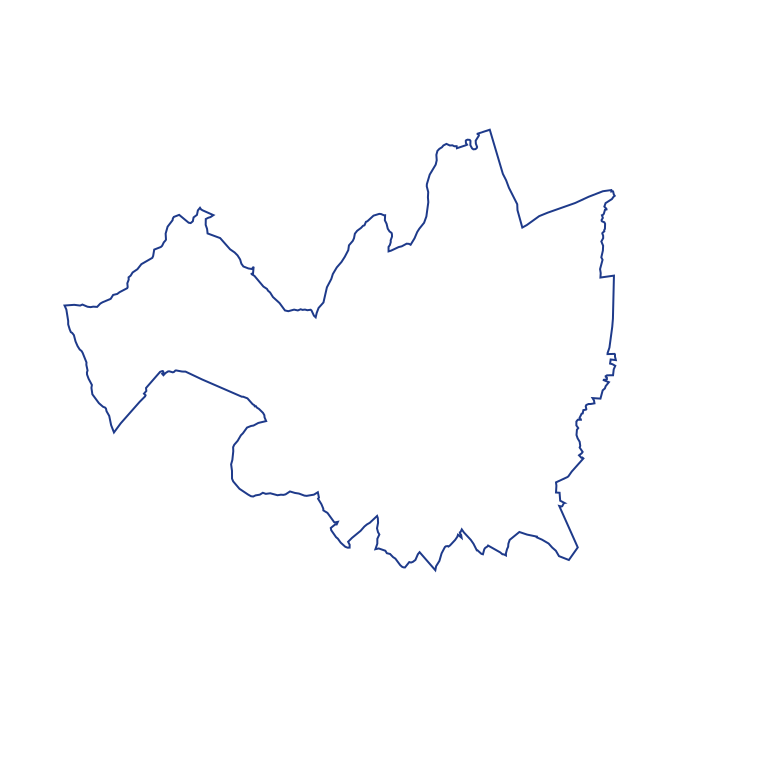 the district of Scorteni, Prahova, Romania, rotated 251°
{"feature_id": "2599482B36968704227514", "entity_name": "Scorteni", "entity_type": "district", "adm_level": 2, "iso_a3": "ROU", "parent_name": "Romania", "parent_adm1": "Prahova", "projection": "equal_earth", "projection_center": [25.859, 45.105], "detail": "fine", "context": "isolated", "style": "outline", "palette": "blue", "viewbox_px": 768, "rotation_deg": 251, "n_neighbors": 0, "source": "geoboundaries", "source_scale": "gbopen_adm2", "svg_char_len": 6166}
<svg xmlns="http://www.w3.org/2000/svg" viewBox="0 0 768 768"><g transform="rotate(251 384 384)"><path d="M495.0,653.7L494.4,638.5L492.9,623.6L492.7,594.6L492.2,585.4L487.8,570.8L486.9,565.7L504.9,566.8L510.6,568.5L528.9,566.0L536.8,565.8L544.0,564.8L590.0,566.8L590.2,553.2L589.3,554.8L588.0,554.6L584.2,549.9L581.3,549.1L577.8,549.2L576.9,548.5L576.3,547.0L576.8,544.9L578.1,544.0L581.7,543.4L585.7,544.9L586.9,544.5L587.8,542.6L587.8,541.2L587.3,540.5L585.1,539.9L583.2,540.4L583.1,539.0L583.2,529.7L585.2,530.1L585.9,527.9L587.4,526.4L588.1,523.9L590.7,521.2L590.2,517.8L589.0,515.9L588.3,512.9L587.0,510.4L583.6,508.1L578.4,506.7L574.6,504.3L567.1,495.4L559.0,489.6L557.0,488.8L551.1,488.3L546.2,486.3L541.5,485.1L528.6,478.6L523.4,474.4L519.3,467.9L516.9,464.9L511.8,460.3L507.0,454.5L508.4,453.2L509.3,451.1L508.4,445.6L508.7,442.4L507.8,434.1L507.9,431.5L512.1,432.9L513.5,434.8L516.0,436.6L517.7,437.1L520.8,439.6L523.2,440.3L524.5,440.3L526.4,438.9L529.6,438.1L534.7,438.6L538.5,438.1L543.2,440.0L543.5,438.9L545.7,436.5L546.4,434.9L546.6,428.9L543.3,421.3L543.2,419.7L540.4,417.2L540.4,415.6L539.1,413.2L537.6,408.5L535.6,405.4L531.6,403.1L529.5,401.1L526.5,396.0L522.2,393.8L517.0,388.3L513.2,383.5L509.6,377.3L504.6,371.4L500.5,368.4L494.0,361.5L480.8,353.3L477.2,346.9L473.1,343.5L469.3,341.1L471.4,340.0L477.1,339.4L478.1,338.8L478.7,335.6L480.1,333.5L480.6,331.1L481.8,329.5L481.6,326.5L483.6,323.2L484.0,317.2L485.8,314.3L494.5,311.6L502.4,307.3L507.6,306.1L510.0,304.7L512.0,304.3L515.4,301.7L528.4,296.7L530.8,294.7L531.2,294.6L531.3,295.0L530.6,295.3L530.6,295.9L536.6,298.6L536.9,298.3L535.8,296.4L537.4,293.4L540.9,289.3L544.2,288.3L548.6,288.5L553.3,287.4L557.0,285.6L561.5,282.3L575.3,276.6L583.8,266.2L588.2,267.2L592.5,267.2L598.0,269.2L598.4,272.0L598.3,274.2L599.2,277.7L607.2,269.1L608.6,267.9L610.5,267.4L608.7,264.5L604.8,262.2L603.5,258.2L600.1,256.2L599.1,253.6L600.1,251.8L610.6,245.4L610.4,239.7L609.3,238.3L607.7,237.4L603.2,230.6L597.3,226.5L591.6,224.9L590.9,224.2L589.6,221.9L586.9,219.2L586.2,217.6L585.9,210.5L580.2,207.4L578.7,206.0L576.3,193.6L572.8,188.2L571.3,182.6L568.9,179.7L568.0,177.2L565.8,176.6L562.8,174.1L559.1,173.2L558.2,172.4L556.9,163.8L556.0,161.1L556.4,156.9L553.5,153.3L552.9,144.4L552.4,141.9L550.3,137.9L551.8,134.2L552.2,131.6L553.6,128.8L557.3,124.7L557.1,122.2L559.7,116.9L562.2,107.5L557.8,107.9L546.4,105.9L543.2,104.8L537.9,104.6L535.0,104.8L533.8,105.8L531.2,106.7L524.6,106.2L519.6,106.6L515.7,107.5L513.6,108.8L511.6,109.2L501.3,109.7L499.0,108.8L493.3,108.1L491.7,106.9L489.6,106.3L485.1,106.4L478.2,107.5L475.6,106.1L469.2,104.9L458.7,108.2L454.0,110.9L452.5,112.6L451.3,113.1L448.6,112.8L443.3,113.8L434.0,112.6L426.1,112.9L432.5,122.2L446.7,147.2L450.1,154.1L451.0,154.9L453.0,153.9L454.8,157.0L457.7,157.7L468.4,176.3L468.4,178.7L467.9,179.3L466.3,179.2L465.9,177.6L464.1,178.3L465.5,181.0L466.2,183.9L465.9,185.1L463.8,188.1L463.8,189.4L464.6,191.0L464.6,191.7L461.5,197.2L460.3,200.4L447.5,213.5L418.2,245.5L417.9,246.6L414.9,250.2L407.7,253.2L406.1,254.5L405.0,254.5L404.8,255.6L403.1,256.1L401.1,257.7L396.1,260.2L393.5,260.7L391.3,260.2L387.3,260.5L388.1,252.5L387.2,247.1L387.6,244.7L387.4,240.3L383.3,234.5L382.1,232.0L377.9,227.1L375.3,222.6L373.4,220.8L369.5,219.6L361.6,215.9L357.8,213.3L351.4,212.0L344.0,209.5L341.0,209.7L332.0,213.2L323.7,219.5L321.2,221.7L320.2,223.7L320.5,226.3L319.8,230.5L320.6,234.0L318.6,236.5L317.7,240.9L313.5,247.1L312.9,250.5L311.9,252.8L311.7,255.0L313.0,260.1L310.0,264.3L308.1,267.9L304.4,272.4L303.4,274.5L302.2,281.7L303.2,286.2L297.8,285.5L297.0,284.3L290.7,285.7L285.9,286.0L284.2,285.5L280.5,288.6L269.6,291.9L269.1,292.5L268.7,295.5L266.6,293.5L267.1,292.1L265.2,286.8L262.9,286.5L254.8,288.8L252.8,290.0L248.1,291.4L242.7,294.4L241.1,296.3L240.5,298.2L243.2,299.2L246.5,298.7L248.9,303.6L252.8,314.1L255.6,319.0L256.8,322.2L257.4,325.4L261.5,334.5L259.2,334.5L254.7,333.2L249.8,330.4L245.9,330.1L243.2,330.6L239.8,327.3L235.2,325.7L230.6,322.1L230.2,325.5L225.9,331.0L223.1,331.6L221.3,334.4L217.4,336.2L215.2,337.9L207.4,340.4L205.1,341.7L204.2,342.9L203.7,344.1L207.4,349.9L206.4,351.4L206.4,353.3L207.4,356.4L212.0,360.6L213.4,362.9L191.2,371.9L194.7,373.9L198.7,378.8L205.1,383.3L210.0,388.5L210.4,389.6L210.0,391.5L209.3,392.0L209.9,393.9L213.4,400.5L215.7,403.6L217.4,404.9L213.3,407.3L216.3,407.8L217.6,407.3L219.0,407.4L219.3,408.4L221.2,410.2L217.7,411.2L208.4,415.3L203.8,416.6L196.5,417.6L196.4,418.2L191.7,420.8L190.8,422.1L195.1,425.0L196.1,426.4L196.7,428.9L197.4,429.8L186.9,439.1L184.5,440.5L183.9,441.8L182.2,443.5L184.1,444.1L187.7,446.5L189.7,448.4L192.5,449.6L195.7,452.1L200.0,463.8L195.0,470.3L189.9,478.9L189.3,478.5L185.4,482.7L179.6,487.7L174.6,489.8L170.4,492.2L164.3,493.4L157.4,501.5L166.4,514.0L211.6,510.0L210.4,511.9L210.4,512.7L212.8,515.3L212.7,516.0L216.3,512.6L224.0,514.6L225.4,511.3L231.7,513.9L235.0,514.6L236.3,527.2L236.7,528.3L240.1,533.0L248.7,548.3L249.9,547.6L250.0,546.6L253.1,545.2L254.1,548.3L255.1,549.7L260.2,548.3L261.6,549.4L265.7,550.2L269.5,549.4L273.1,549.4L277.9,551.5L279.1,553.3L282.2,552.4L285.9,553.7L287.1,555.6L286.1,558.5L286.6,558.6L287.3,557.7L288.2,557.8L291.6,561.2L291.5,562.3L294.4,564.0L294.0,566.6L294.3,567.1L297.3,567.5L298.3,568.5L298.5,570.9L297.8,572.9L297.2,576.7L300.0,577.2L302.8,576.6L299.7,583.9L306.8,588.7L307.9,591.4L309.8,592.9L312.5,597.2L316.1,593.0L316.4,593.2L316.0,595.0L316.1,596.4L317.5,596.8L318.6,596.0L319.2,596.1L319.6,597.7L317.7,603.4L323.1,606.0L325.9,608.6L328.3,606.5L329.7,604.4L333.4,606.3L331.1,611.0L334.6,611.3L336.7,612.0L337.4,611.8L339.5,605.1L340.5,605.5L345.0,609.0L363.7,618.4L371.2,621.7L411.6,636.7L414.2,623.3L418.3,625.0L422.3,625.7L430.3,631.1L433.0,630.7L438.9,634.4L443.4,636.2L448.0,635.9L450.5,638.7L452.9,639.5L455.2,639.4L455.9,639.9L456.6,642.0L457.7,642.2L458.8,643.4L461.9,644.6L463.5,645.2L465.2,645.0L466.7,643.2L467.4,642.9L468.2,643.1L469.8,645.0L472.6,645.0L472.6,646.0L473.4,647.3L476.7,649.6L476.6,651.2L477.3,651.3L480.0,650.1L482.9,652.4L484.7,659.8L486.2,661.8L486.8,663.4L488.3,663.0L491.5,663.3L491.9,662.9L492.0,661.6L493.4,662.0L495.0,653.7Z" fill="none" stroke="#1e3a8a" stroke-width="2"/></g></svg>